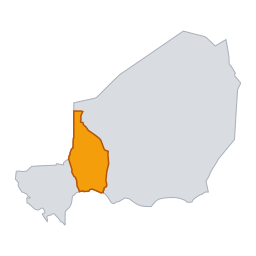 Niger, with Tahoua highlighted
{"feature_id": "NER-95", "entity_name": "Tahoua", "entity_type": "Department", "adm_level": 1, "iso_a3": "NER", "parent_name": "Niger", "parent_adm1": "", "projection": "robinson", "projection_center": [5.147, 16.143], "detail": "fine", "context": "in_parent", "style": "filled", "palette": "amber", "viewbox_px": 256, "rotation_deg": 0, "n_neighbors": 0, "source": "natural_earth", "source_scale": "10m", "svg_char_len": 4859}
<svg xmlns="http://www.w3.org/2000/svg" viewBox="0 0 256 256"><path d="M208.3,192.0L205.8,192.0L204.3,192.5L202.4,194.1L200.3,194.8L197.8,196.2L196.2,197.3L194.7,198.2L192.7,200.4L192.0,202.0L189.9,202.3L187.0,202.1L185.2,200.4L180.9,198.7L178.1,198.0L176.9,197.7L170.3,197.5L163.4,198.1L159.9,198.9L159.2,199.1L157.2,200.2L155.6,201.3L151.1,206.6L145.1,206.5L141.6,205.9L138.7,205.1L134.4,202.6L129.2,198.8L127.2,198.3L125.4,198.0L124.8,198.0L118.6,201.8L117.4,201.7L116.0,202.1L115.0,203.1L114.3,203.5L113.6,203.6L112.6,203.4L111.6,202.8L110.7,201.8L108.1,197.6L107.6,196.8L106.5,195.6L104.7,193.6L103.4,192.7L102.7,192.5L101.8,192.7L96.8,191.0L91.8,189.2L90.7,189.5L89.9,189.8L88.2,191.1L86.2,191.4L83.6,191.3L82.2,191.1L79.9,191.5L78.4,192.0L76.4,192.9L73.9,195.3L73.1,195.6L72.5,196.0L71.6,202.6L70.9,204.6L69.6,207.2L67.0,209.7L65.3,211.3L65.2,213.3L65.1,216.6L65.1,218.9L65.2,220.4L64.9,221.1L64.8,221.8L64.9,222.8L65.3,223.2L65.5,223.8L65.4,224.3L64.5,224.9L63.6,223.4L62.4,222.4L61.1,221.9L60.3,221.1L59.8,220.1L58.1,218.0L54.2,213.9L53.8,213.8L53.2,213.6L52.1,214.1L51.4,214.8L50.9,215.1L50.2,215.1L48.3,215.6L46.9,216.3L46.8,216.9L47.5,220.0L47.2,221.6L46.5,220.8L44.4,217.7L42.9,215.4L42.6,214.9L42.4,214.1L42.6,213.7L43.2,213.5L44.5,213.2L44.8,212.9L44.9,212.3L44.6,211.1L43.9,209.5L43.1,208.4L42.7,208.2L41.9,208.2L41.0,208.3L39.3,209.6L38.6,209.9L36.9,209.8L35.4,209.5L34.4,208.8L31.7,206.3L28.7,203.5L27.4,203.1L27.1,202.9L26.9,200.8L26.9,198.2L27.1,197.6L28.4,198.0L29.7,198.1L30.2,197.7L29.1,196.8L27.5,195.9L27.0,194.5L26.5,194.0L25.8,193.5L25.0,193.3L24.2,192.9L23.7,192.5L22.8,192.3L21.8,192.0L20.5,189.8L19.1,187.6L18.3,185.9L18.1,184.9L18.5,183.1L18.1,182.4L16.6,180.6L15.4,179.0L15.7,176.4L15.9,174.3L16.0,173.0L16.2,172.2L16.3,171.3L17.2,171.1L19.3,171.1L23.4,171.5L26.6,171.0L26.8,171.0L29.1,168.7L31.7,166.3L35.6,166.1L39.7,165.8L43.0,165.7L47.8,165.5L51.6,165.3L56.1,165.2L56.2,164.1L56.5,163.8L57.0,163.7L60.2,164.3L63.3,164.9L63.6,162.8L66.3,160.2L67.8,159.7L68.2,159.2L68.7,158.4L69.0,157.0L69.1,156.0L69.7,155.2L70.1,153.8L70.7,151.2L72.2,148.5L73.1,144.8L73.2,141.3L73.4,138.6L73.8,138.0L73.8,133.2L73.8,128.4L73.8,124.3L73.8,119.3L73.8,114.8L73.8,110.0L73.8,105.7L73.8,102.8L76.9,102.1L80.1,101.4L84.8,100.4L89.9,99.3L95.4,98.0L96.7,97.3L100.9,93.2L102.7,91.3L106.5,87.6L109.4,84.7L113.0,81.0L116.9,77.4L120.0,74.4L124.9,71.1L132.2,66.1L139.5,61.1L146.8,56.1L154.1,51.1L161.4,46.1L168.7,41.1L176.0,36.1L183.3,31.1L190.6,33.0L197.7,34.8L204.7,36.6L206.4,37.6L210.2,41.2L215.0,45.7L215.2,45.8L215.5,45.8L220.0,43.1L226.0,39.6L227.7,49.1L229.0,57.2L229.1,62.4L229.2,63.8L229.7,64.7L230.8,65.6L235.4,73.1L234.5,74.4L235.2,76.7L236.4,77.7L240.1,82.2L240.6,83.1L240.4,83.8L237.9,89.0L237.5,90.3L237.1,97.0L236.8,101.8L236.4,108.3L235.9,116.0L235.5,122.6L235.0,131.3L234.5,139.5L230.8,144.0L224.3,151.9L218.9,158.4L216.3,162.8L211.0,171.3L208.7,176.8L206.9,179.7L206.0,180.9L206.8,184.9L208.3,192.0Z" fill="#d9dde1" stroke="#a8b0b8" stroke-width="1"/><path d="M101.2,193.0L101.0,192.9L100.8,192.8L96.8,191.0L92.7,189.2L92.2,189.1L90.1,189.5L89.7,189.7L89.6,190.0L89.3,190.6L89.1,190.9L88.7,191.2L88.5,191.3L88.0,191.4L86.0,191.3L84.5,191.6L83.7,191.5L83.3,191.4L83.0,191.0L82.7,190.9L82.2,190.9L79.4,191.7L78.5,188.8L77.2,186.3L77.1,186.1L76.6,180.6L76.4,179.9L75.3,177.5L75.0,177.0L74.0,176.4L72.0,172.6L71.9,172.3L71.9,171.6L71.9,169.3L68.7,159.2L68.6,158.9L68.8,158.4L68.9,157.8L69.0,156.2L69.1,155.9L69.4,155.5L70.2,154.6L70.2,154.4L70.0,153.8L70.0,153.4L70.0,152.9L71.3,149.5L71.5,149.1L71.8,148.8L72.1,148.5L72.8,148.1L73.0,147.9L73.1,147.5L73.1,145.7L73.1,144.3L73.1,142.1L73.1,141.1L73.1,140.9L73.3,140.6L73.3,140.4L73.3,138.8L73.3,138.5L73.4,138.2L73.5,138.2L73.8,138.0L73.8,136.3L73.8,135.3L73.8,133.2L73.8,131.2L73.8,129.2L73.8,127.2L73.8,125.1L73.8,123.1L73.8,122.0L73.8,121.1L73.8,119.0L73.8,117.0L73.8,115.0L73.8,113.0L73.8,111.0L74.0,111.0L81.5,111.1L82.8,111.5L80.9,115.8L80.8,116.2L80.8,116.3L80.8,116.6L80.9,117.0L81.0,117.2L81.0,117.4L81.0,117.5L80.9,118.0L81.0,120.1L81.0,120.3L80.5,121.0L80.5,121.4L80.5,121.5L80.6,121.8L80.7,122.1L81.0,122.3L82.7,122.4L82.9,122.5L83.0,122.8L83.3,124.4L83.4,124.6L83.6,124.9L86.1,127.1L88.0,130.0L88.3,130.3L88.6,130.6L96.2,135.9L99.4,138.5L100.7,140.1L100.8,140.2L103.9,148.5L104.0,148.7L104.2,149.2L104.3,149.3L105.3,150.2L105.5,150.4L107.9,151.1L108.1,151.2L108.2,151.4L108.2,151.7L107.9,154.3L108.7,163.7L106.7,172.0L106.7,172.3L106.7,172.6L105.9,180.3L105.9,180.8L106.0,181.3L106.4,182.5L106.5,182.6L106.5,183.0L106.6,183.5L106.7,184.4L106.6,186.2L106.5,186.5L106.3,186.7L106.1,186.7L105.7,186.8L105.3,187.1L105.1,187.3L104.2,188.0L103.9,188.4L103.9,188.7L104.1,189.5L104.1,189.8L103.9,190.1L103.4,190.6L103.3,190.8L103.2,191.1L103.2,191.4L103.2,192.3L103.2,192.6L102.4,192.4L102.1,192.5L101.3,193.0L101.2,193.0Z" fill="#f59e0b" stroke="#b45309" stroke-width="1.5"/></svg>